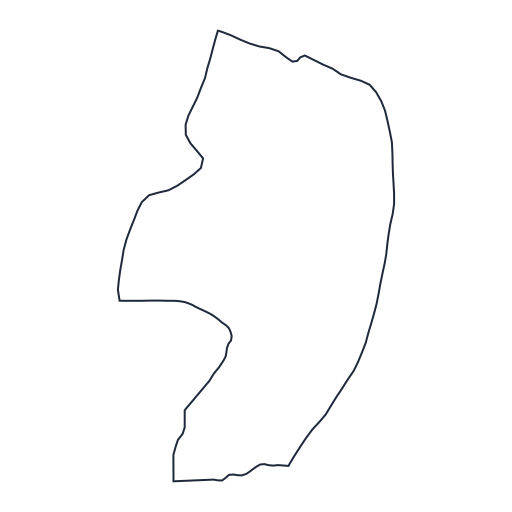 Bayhan, Shabwah, Yemen
{"feature_id": "15242507B90213953607166", "entity_name": "Bayhan", "entity_type": "district", "adm_level": 2, "iso_a3": "YEM", "parent_name": "Yemen", "parent_adm1": "Shabwah", "projection": "albers", "projection_center": [45.708, 14.757], "detail": "fine", "context": "isolated", "style": "outline", "palette": "slate", "viewbox_px": 512, "rotation_deg": 0, "n_neighbors": 0, "source": "geoboundaries", "source_scale": "gbopen_adm2", "svg_char_len": 2152}
<svg xmlns="http://www.w3.org/2000/svg" viewBox="0 0 512 512"><path d="M173.5,481.3L213.5,479.6L217.6,480.3L222.1,480.5L225.8,477.7L228.9,474.9L233.4,474.5L237.6,475.2L241.7,475.4L246.1,474.0L249.6,471.7L252.8,469.2L256.5,466.6L260.2,464.5L264.4,464.1L268.7,465.2L273.6,465.6L277.9,465.1L288.5,465.9L290.0,463.1L295.0,454.9L300.7,446.0L306.4,437.5L312.5,429.3L319.4,421.9L325.7,414.5L331.2,405.4L336.4,397.0L341.1,390.0L342.2,388.3L347.7,379.6L353.6,371.0L358.0,362.1L362.0,352.4L365.7,342.9L368.3,333.1L371.3,323.1L374.1,313.3L376.3,304.9L376.7,303.3L378.7,293.1L380.4,283.5L380.6,282.6L382.4,273.8L384.6,263.7L386.3,254.0L387.3,244.2L388.7,233.8L390.3,224.1L392.7,213.9L394.1,203.9L394.1,193.8L393.5,183.1L393.2,177.8L392.9,172.6L392.6,162.6L392.4,152.7L391.9,142.3L389.9,132.0L387.5,121.0L385.0,110.6L381.4,101.5L376.2,92.3L369.7,84.8L360.7,80.7L350.9,77.8L340.8,74.3L332.6,68.7L323.5,64.8L304.8,55.5L300.2,57.4L297.3,60.9L292.4,61.6L286.2,57.3L278.5,51.2L269.1,48.1L259.5,46.5L249.9,43.6L240.8,39.9L231.2,35.4L221.4,31.7L217.9,30.7L215.9,37.3L213.3,46.8L210.4,58.0L207.4,68.0L205.0,78.1L201.0,87.8L197.1,98.0L192.8,106.7L188.5,115.4L185.6,124.6L185.8,134.8L190.5,143.4L196.9,150.9L203.1,158.4L200.9,168.0L193.7,174.4L185.7,180.0L177.3,185.7L168.4,190.3L158.4,192.6L149.1,195.2L141.8,202.1L137.4,210.8L134.0,219.9L130.3,229.0L126.3,239.9L123.6,250.1L122.0,260.2L120.3,269.8L118.9,279.8L117.9,289.6L119.4,299.5L119.6,300.7L124.5,300.8L128.6,300.8L132.7,300.8L136.9,300.8L141.5,300.8L145.7,300.7L148.4,300.7L150.4,300.6L155.3,300.6L159.4,300.6L164.1,300.7L168.2,300.8L172.3,300.8L176.7,300.9L180.8,301.4L185.3,302.2L186.6,302.7L189.2,303.6L192.7,305.1L195.0,306.5L198.8,308.4L202.5,310.0L207.0,312.2L210.4,313.9L211.4,314.6L211.7,314.6L215.3,317.1L218.7,319.7L222.2,322.7L225.8,325.1L228.8,328.0L230.7,332.2L231.7,336.2L231.0,340.5L228.5,343.7L227.0,347.9L226.4,352.2L225.7,356.3L223.7,360.2L221.3,363.9L218.9,367.5L216.1,370.8L213.6,374.0L211.3,377.7L209.2,381.1L206.5,384.3L203.7,387.6L186.2,408.4L184.7,410.3L184.7,416.9L184.7,427.5L182.6,433.9L178.0,439.7L175.7,446.5L173.4,454.8L173.5,481.3Z" fill="none" stroke="#1e293b" stroke-width="2"/></svg>